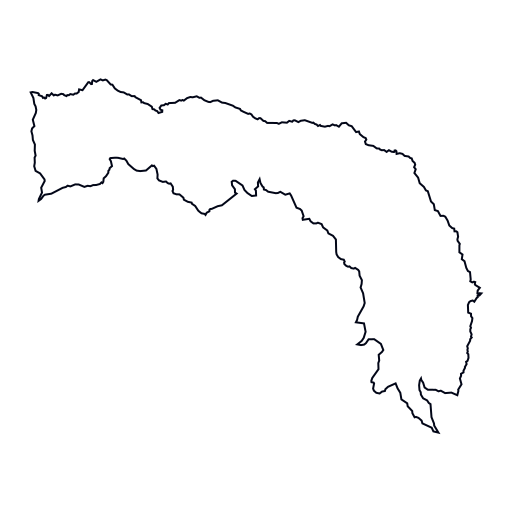 Victor Fajardo, Ayacucho, Peru (Robinson projection)
{"feature_id": "86281439B25183638653455", "entity_name": "Victor Fajardo", "entity_type": "district", "adm_level": 2, "iso_a3": "PER", "parent_name": "Peru", "parent_adm1": "Ayacucho", "projection": "robinson", "projection_center": [-74.315, -13.871], "detail": "fine", "context": "isolated", "style": "outline", "palette": "ink", "viewbox_px": 512, "rotation_deg": 0, "n_neighbors": 0, "source": "geoboundaries", "source_scale": "gbopen_adm2", "svg_char_len": 5988}
<svg xmlns="http://www.w3.org/2000/svg" viewBox="0 0 512 512"><path d="M30.7,92.4L33.4,98.0L34.3,103.9L35.6,106.4L36.3,110.0L35.8,113.0L32.8,119.7L34.4,126.1L32.1,128.4L31.4,131.3L32.5,135.4L32.9,140.0L34.9,144.5L34.7,150.8L35.6,155.6L34.6,157.6L34.8,162.7L34.2,166.2L35.6,170.9L40.1,173.4L44.5,179.4L44.7,181.0L41.2,187.7L42.0,192.6L38.9,199.0L38.6,200.8L41.1,199.0L43.5,195.7L44.9,194.7L51.3,193.7L62.7,187.8L65.9,187.0L67.6,185.7L70.4,186.4L75.2,184.4L78.7,184.5L84.4,186.9L87.6,185.8L90.4,186.2L93.1,185.1L96.2,185.0L99.9,184.0L101.5,182.4L102.5,183.1L103.3,181.8L103.7,178.3L106.0,176.2L108.3,172.8L108.4,170.8L109.4,169.7L109.7,168.1L112.0,166.1L110.9,161.2L109.7,159.1L110.3,158.1L115.3,157.7L118.0,157.8L123.2,159.0L124.2,158.5L126.4,160.7L128.3,164.1L133.9,169.0L136.6,170.6L140.2,171.1L146.0,170.5L151.9,165.4L152.8,166.1L154.1,165.7L156.4,168.9L157.6,174.6L157.4,178.4L159.0,180.4L162.8,181.9L166.0,181.5L167.7,183.1L169.2,183.7L170.6,183.4L172.8,186.7L173.1,189.8L172.5,191.0L173.5,193.3L176.4,194.3L179.5,194.4L183.4,197.7L183.9,199.7L187.8,201.8L191.6,202.6L192.0,203.8L195.2,206.0L198.2,210.6L199.8,212.0L201.5,213.3L204.6,213.9L205.5,214.9L206.7,212.7L209.4,211.3L209.5,209.7L210.3,209.0L211.7,208.9L217.7,206.2L221.9,205.3L236.6,193.6L235.0,192.6L234.9,189.2L232.1,185.3L231.7,181.8L233.1,180.7L235.6,180.8L242.5,185.5L244.5,190.0L247.4,193.0L251.8,196.0L256.1,195.5L255.9,190.6L254.9,189.2L258.1,186.4L257.9,182.5L259.6,179.2L260.4,182.9L262.5,186.5L263.7,187.4L263.9,189.5L266.1,190.1L268.1,191.7L275.8,193.2L277.9,193.0L280.3,191.8L285.3,194.7L289.7,193.4L291.1,195.5L296.5,207.7L300.0,209.0L301.7,210.6L303.6,216.2L302.5,218.2L302.8,219.8L309.3,218.8L310.6,221.3L313.4,223.4L316.3,223.4L317.9,222.7L321.6,224.1L323.1,227.4L327.3,230.5L328.4,233.4L333.0,235.8L335.9,239.5L336.2,252.0L336.6,254.4L338.2,257.1L340.9,259.1L343.8,259.7L344.7,261.6L344.1,262.6L344.4,264.1L346.3,265.9L348.1,266.7L349.5,266.4L351.3,268.1L353.8,268.6L355.1,267.9L358.2,269.9L359.2,271.4L359.6,275.7L361.9,280.2L361.6,284.0L360.6,287.5L363.1,293.3L364.7,303.0L363.6,306.4L357.8,316.7L357.1,319.9L355.9,322.3L364.0,323.4L365.6,331.8L363.7,337.9L361.7,340.9L357.3,344.4L361.0,345.1L364.1,344.6L365.9,343.2L368.6,339.3L374.2,339.2L380.9,343.9L383.3,350.0L382.0,351.9L378.7,354.8L379.2,360.5L378.3,363.1L378.5,369.2L372.3,377.9L371.3,380.9L371.5,382.2L373.6,382.6L374.1,383.4L373.1,388.6L373.9,390.7L376.3,392.8L379.6,393.5L382.0,391.6L384.9,391.0L385.4,389.2L388.0,386.8L395.6,383.4L397.6,388.4L400.3,392.8L401.4,399.4L407.2,403.3L407.7,406.3L412.2,411.0L412.4,413.2L414.6,417.3L416.0,416.9L418.5,417.9L421.6,420.6L422.4,423.4L431.7,427.7L433.4,431.4L438.4,432.6L434.2,425.6L434.0,423.5L431.5,417.2L430.5,404.1L428.8,403.0L427.1,400.4L423.1,398.3L420.9,394.6L420.7,392.2L419.5,390.1L419.1,385.2L419.8,380.6L421.0,378.5L421.3,380.0L423.1,382.6L424.6,387.5L427.8,389.7L435.7,389.8L438.5,391.3L440.8,390.7L445.1,393.1L451.4,392.6L457.3,395.2L458.4,390.9L458.2,389.6L461.5,384.3L459.9,378.5L461.1,375.8L461.0,373.8L463.5,372.4L463.5,370.7L465.0,367.8L464.9,367.0L466.6,364.1L466.1,361.8L467.5,360.9L468.5,357.9L468.3,354.2L467.2,353.0L467.8,351.5L467.4,349.9L467.8,348.3L467.2,346.2L470.1,340.8L470.2,339.2L471.7,337.5L471.0,336.7L471.6,334.3L470.3,331.5L470.3,329.2L471.0,327.8L470.3,326.2L472.0,321.2L472.4,318.1L471.1,316.3L471.0,313.7L468.2,312.6L467.9,305.0L469.1,302.2L470.5,301.1L472.7,300.5L474.3,301.7L476.7,297.9L477.7,297.2L477.6,295.6L479.4,295.5L481.3,293.4L479.4,293.2L478.4,293.8L477.4,293.2L477.7,290.5L479.8,287.8L475.3,285.0L474.8,284.0L475.2,282.1L473.9,281.7L472.3,282.4L470.3,281.3L470.7,279.4L470.0,272.1L467.9,271.0L466.3,267.9L464.5,261.2L461.8,259.2L462.5,254.5L459.4,252.3L459.4,245.3L459.8,243.9L457.6,240.8L457.4,239.3L458.1,236.7L457.4,232.2L456.3,231.3L454.5,231.3L454.2,228.6L452.2,228.1L449.3,225.5L447.6,220.6L445.3,216.7L443.5,215.8L440.5,215.9L437.9,211.1L434.8,210.1L433.8,204.2L431.0,201.5L427.8,191.2L425.9,190.4L423.9,186.9L419.7,183.2L418.1,177.6L414.4,173.0L415.7,169.2L414.1,167.2L415.2,164.7L414.6,162.8L412.6,161.0L411.7,158.4L410.2,158.0L408.6,156.5L404.6,155.9L402.5,153.9L399.8,153.2L396.6,153.9L396.4,151.2L395.6,150.4L394.6,150.5L394.3,151.9L393.8,152.0L391.6,151.7L388.9,150.2L386.6,151.9L384.2,150.1L381.7,150.2L380.0,149.5L379.3,148.6L376.7,148.4L373.3,145.9L368.5,145.2L365.8,144.1L365.0,141.6L366.3,139.6L365.7,138.1L363.4,137.1L359.8,134.1L358.9,131.5L356.1,132.1L351.7,126.2L348.8,125.3L346.1,122.8L341.7,123.3L338.9,126.7L336.1,125.1L334.9,125.4L332.6,124.4L329.5,126.2L328.0,125.9L324.9,126.7L320.7,125.9L320.0,125.0L318.0,126.0L316.6,124.5L314.9,124.0L313.3,122.6L312.4,122.9L304.8,120.2L300.7,120.8L298.4,122.1L294.8,120.3L293.4,120.4L292.2,121.7L289.2,120.9L286.9,122.7L281.9,122.3L278.8,123.8L276.9,123.0L267.1,122.9L265.2,121.2L263.4,120.9L260.5,118.2L259.2,118.1L257.6,119.3L255.2,118.3L253.0,116.7L251.4,114.4L249.7,113.5L248.2,113.9L243.5,111.8L240.8,110.4L240.0,108.9L235.3,107.4L232.9,105.7L225.3,103.0L222.0,102.6L217.8,100.3L213.1,100.8L210.3,102.1L208.4,101.9L204.3,100.2L201.0,97.6L199.4,97.8L196.7,96.3L192.7,97.3L190.3,97.0L187.1,98.1L183.8,100.6L182.6,100.0L181.2,100.6L179.4,100.1L175.1,102.8L168.9,103.1L167.7,104.5L165.7,103.8L164.0,105.2L161.3,105.5L159.6,107.9L160.5,109.7L162.3,110.3L162.2,111.9L158.5,113.0L157.2,111.1L155.4,110.5L154.3,109.4L152.5,109.1L151.8,106.7L147.7,104.0L144.1,103.1L143.1,102.3L141.4,102.4L141.0,100.2L135.4,97.2L134.6,96.1L131.6,96.1L128.9,94.4L127.3,94.5L123.7,92.4L120.6,92.0L117.7,90.6L114.8,88.4L112.4,84.7L110.7,84.5L106.8,80.2L105.4,79.6L102.8,80.4L100.5,79.4L96.3,81.8L93.1,80.1L92.2,81.1L91.9,84.0L91.1,84.1L89.3,82.2L88.3,82.2L82.5,90.2L79.1,89.4L78.7,92.0L76.7,93.5L75.0,93.5L73.3,94.7L70.3,94.1L68.8,95.2L67.3,95.1L66.5,96.1L64.1,95.1L63.4,94.2L61.2,93.8L57.7,95.4L55.0,94.7L53.8,95.4L51.6,93.3L49.1,96.0L47.9,94.9L46.9,95.0L46.1,98.0L45.1,98.5L44.0,97.5L43.0,97.9L42.1,96.3L38.7,95.1L38.8,93.8L38.0,93.1L32.5,92.0L30.7,92.4Z" fill="none" stroke="#020617" stroke-width="2"/></svg>